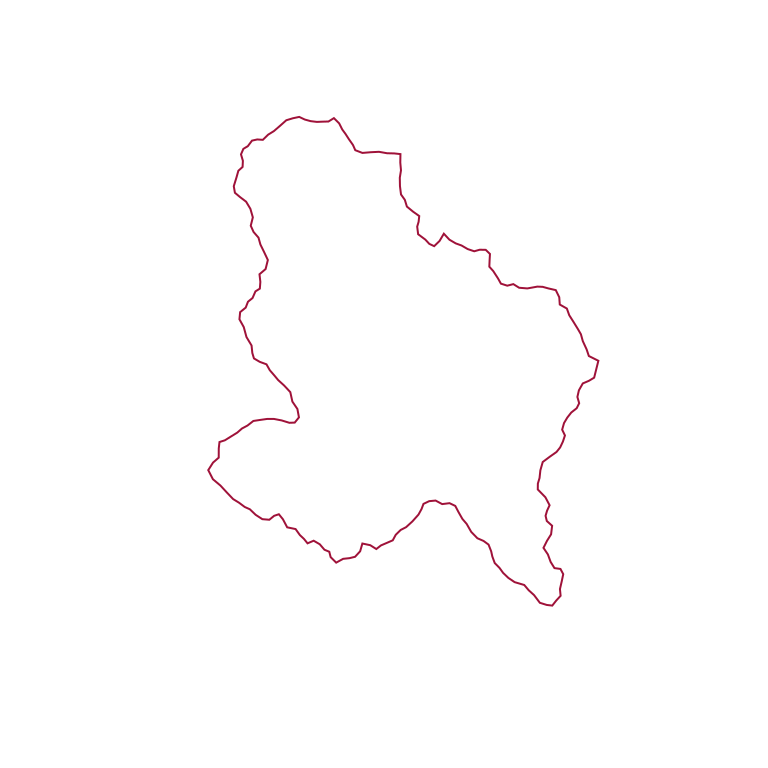 Doutor Pedrinho, Santa Catarina, Brazil, rotated 329°
{"feature_id": "56859067B40062272044728", "entity_name": "Doutor Pedrinho", "entity_type": "district", "adm_level": 2, "iso_a3": "BRA", "parent_name": "Brazil", "parent_adm1": "Santa Catarina", "projection": "orthographic", "projection_center": [-49.556, -26.711], "detail": "fine", "context": "isolated", "style": "outline", "palette": "rose", "viewbox_px": 768, "rotation_deg": 329, "n_neighbors": 0, "source": "geoboundaries", "source_scale": "gbopen_adm2", "svg_char_len": 3094}
<svg xmlns="http://www.w3.org/2000/svg" viewBox="0 0 768 768"><g transform="rotate(329 384 384)"><path d="M512.7,286.0L505.3,290.0L498.0,291.7L495.0,287.2L493.8,281.5L490.4,273.2L493.5,266.2L497.2,262.8L500.7,258.2L497.7,251.3L495.0,243.7L496.7,236.9L496.2,230.3L499.6,222.6L503.8,215.3L508.6,209.6L512.0,202.6L516.5,195.4L511.5,191.6L505.5,187.8L499.3,182.4L492.2,178.6L484.5,174.8L479.8,168.8L480.5,163.2L480.0,156.1L479.8,149.9L479.3,144.3L479.8,137.5L478.0,130.3L471.6,130.4L466.3,127.4L461.5,124.8L456.5,120.9L452.3,116.5L448.9,111.4L442.8,109.3L436.1,107.6L429.7,108.8L420.0,110.5L413.1,110.6L405.9,112.3L401.3,109.1L396.2,107.4L389.8,110.0L384.6,110.0L379.7,113.5L378.0,120.0L374.6,125.1L369.0,126.2L363.9,131.0L357.1,137.1L354.7,143.3L356.9,149.7L359.7,156.7L359.7,165.0L357.4,173.6L351.3,179.7L350.5,186.5L351.8,193.9L349.9,200.8L349.2,209.0L348.3,217.9L341.7,224.5L333.8,225.8L330.6,232.8L326.7,238.3L321.5,238.4L315.6,242.6L309.8,243.4L304.8,247.3L297.7,248.3L293.4,254.1L293.1,263.0L290.3,272.9L290.3,282.8L287.1,289.6L285.7,295.1L288.9,301.0L293.4,306.6L293.2,313.4L294.4,320.2L295.3,326.1L297.6,333.8L299.5,342.7L296.4,351.9L296.9,360.8L293.9,368.8L287.6,371.1L282.9,368.5L277.5,362.5L271.6,357.2L265.7,353.7L259.3,351.0L253.0,348.4L245.6,349.3L239.3,349.0L233.2,350.1L225.0,350.2L218.6,350.3L213.1,349.0L209.2,354.1L204.4,362.0L197.0,363.3L189.0,367.3L188.3,377.5L191.5,386.8L193.4,396.0L195.4,404.9L198.6,411.1L201.3,417.7L204.5,422.3L206.6,430.0L210.1,437.2L215.8,441.3L221.9,440.4L226.8,441.5L227.7,447.9L227.2,457.0L233.5,462.8L234.1,470.2L235.6,475.5L236.4,481.2L243.0,482.1L246.4,488.3L247.6,495.4L250.7,499.6L249.1,504.9L251.0,512.5L258.9,512.8L264.7,515.5L270.2,517.2L277.4,515.1L283.3,509.6L289.2,515.1L292.4,521.5L298.3,520.8L304.9,521.7L311.0,522.5L316.4,519.3L323.1,517.7L329.2,518.1L337.6,516.4L346.3,513.7L351.8,510.5L356.1,507.1L362.4,507.7L368.2,510.5L372.0,516.9L378.8,519.9L382.3,525.2L381.9,532.0L381.7,540.0L382.8,546.5L382.6,555.7L384.6,564.3L388.5,569.8L390.9,575.5L389.7,582.6L388.0,587.7L386.7,594.5L388.3,601.2L388.8,607.2L390.7,614.2L393.9,621.1L400.7,628.5L401.8,635.3L403.9,642.3L404.9,651.8L409.7,657.2L414.1,660.6L420.2,658.3L426.3,656.5L429.2,650.4L434.8,644.6L439.7,639.3L440.0,633.4L435.3,629.6L435.2,622.3L436.7,614.5L436.3,606.6L442.9,602.4L449.8,598.9L455.1,592.1L453.0,585.3L454.6,580.2L458.5,576.6L463.5,573.2L464.0,564.2L461.5,553.6L464.6,548.6L468.9,544.7L473.6,538.5L479.9,532.6L488.9,531.7L496.9,531.1L502.3,529.1L507.7,525.5L512.6,521.3L513.2,514.9L518.2,510.2L523.8,507.2L529.8,504.9L536.7,504.0L541.4,501.0L543.1,494.7L547.8,489.8L554.7,485.9L561.3,486.8L567.4,486.8L579.7,474.5L574.0,465.5L575.5,458.7L576.5,449.6L578.4,442.8L578.5,436.8L578.4,428.0L578.2,420.5L579.6,413.5L575.6,406.4L578.9,399.9L579.6,392.0L574.2,386.8L570.0,382.4L565.6,379.5L560.8,377.7L556.1,375.9L549.4,371.1L546.3,365.0L540.3,363.2L535.9,358.2L536.1,352.2L535.8,343.4L534.7,337.7L538.4,332.1L541.8,327.1L540.3,321.4L535.2,318.2L529.7,316.7L525.2,311.4L521.8,305.2L517.9,300.4L514.4,294.0L512.7,286.0Z" fill="none" stroke="#9f1239" stroke-width="2"/></g></svg>